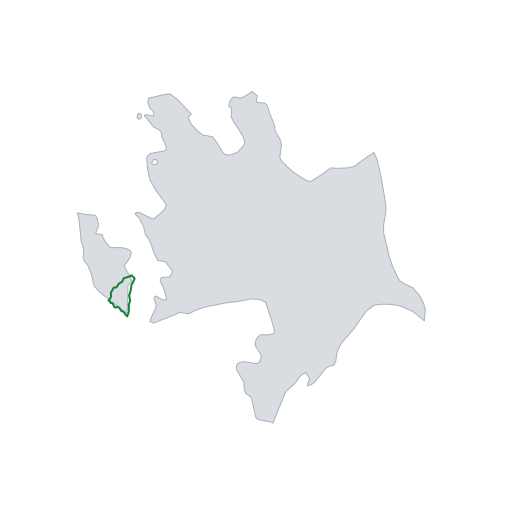 Ordubad District, Ordubad, Azerbaijan shown in context, rotated 25°
{"feature_id": "54616110B24607032839399", "entity_name": "Ordubad District", "entity_type": "district", "adm_level": 2, "iso_a3": "AZE", "parent_name": "Azerbaijan", "parent_adm1": "Ordubad", "projection": "equal_earth", "projection_center": [45.94, 39.075], "detail": "fine", "context": "in_parent", "style": "outline", "palette": "green", "viewbox_px": 512, "rotation_deg": 25, "n_neighbors": 0, "source": "geoboundaries", "source_scale": "gbopen_adm2", "svg_char_len": 4234}
<svg xmlns="http://www.w3.org/2000/svg" viewBox="0 0 512 512"><g transform="rotate(25 256 256)"><path d="M341.9,400.2L340.0,400.1L326.8,403.4L324.0,402.3L312.4,387.3L310.0,385.7L305.1,385.0L302.2,382.5L299.8,378.5L298.5,375.5L286.6,367.4L284.9,364.5L284.6,361.9L286.3,359.5L288.3,357.5L294.0,355.5L300.7,353.8L302.8,352.6L303.9,350.4L303.8,347.0L302.6,343.6L293.0,337.4L291.9,334.7L291.5,331.5L292.1,328.1L293.5,325.4L301.3,321.8L305.5,318.1L302.8,313.9L294.3,304.4L284.2,293.9L277.5,293.8L269.8,296.9L257.6,305.8L250.8,309.6L241.9,316.0L232.3,323.0L224.4,330.5L219.5,336.7L210.7,339.4L206.2,344.6L191.5,360.2L187.3,360.0L187.0,352.2L187.2,346.1L186.3,342.6L181.5,337.7L181.4,335.6L182.7,334.4L186.4,335.1L191.1,334.9L193.3,333.0L188.3,326.6L183.8,322.4L180.0,319.5L179.1,317.8L179.1,316.6L179.9,315.1L186.4,311.6L187.0,308.4L186.6,304.8L176.3,299.5L168.6,301.5L161.6,295.5L157.2,291.0L151.7,286.0L146.7,283.4L142.0,277.2L133.8,270.8L128.5,269.0L128.6,268.1L129.5,266.9L131.7,265.9L146.4,266.2L148.2,265.0L149.1,262.3L151.1,258.3L153.4,252.4L153.2,247.4L138.5,239.4L127.9,232.0L120.5,222.3L115.5,213.4L115.7,210.4L117.2,207.6L128.6,199.4L129.4,197.3L129.1,195.8L125.1,191.7L120.0,187.4L118.4,184.2L115.2,182.6L109.1,182.5L98.4,177.2L96.1,176.7L95.6,175.6L96.1,174.6L103.8,172.4L103.7,170.7L101.4,168.3L97.1,166.6L93.1,162.4L91.8,158.6L105.6,147.6L109.7,145.4L118.7,147.4L137.3,154.7L136.1,158.8L138.0,161.1L142.3,164.2L150.5,167.4L157.5,169.0L161.0,167.6L166.4,166.4L173.4,170.1L179.8,174.7L183.0,176.5L184.7,177.1L189.6,175.6L195.5,169.6L197.8,162.4L198.4,159.0L195.0,154.2L187.9,149.1L180.0,144.5L174.9,140.6L171.7,132.7L168.4,131.8L167.6,130.8L167.1,128.1L167.2,124.3L168.3,121.5L171.5,120.2L174.7,119.8L177.6,117.0L181.2,111.6L182.8,108.6L189.6,110.3L190.6,115.2L191.8,116.2L194.6,115.6L199.4,113.6L203.1,115.2L208.0,120.9L214.7,127.0L218.4,131.1L219.8,133.9L223.2,136.6L228.3,139.9L232.3,144.9L235.9,156.6L239.6,159.4L252.5,163.8L257.1,164.7L269.8,166.3L274.3,165.2L280.7,155.1L286.5,144.6L292.0,142.5L301.9,137.4L307.7,132.7L310.2,127.6L315.6,117.9L319.0,112.5L324.9,117.3L335.2,130.4L350.0,151.7L353.7,157.8L356.1,164.8L358.3,173.3L361.7,180.8L376.7,199.8L383.2,206.8L393.8,215.9L397.5,217.9L402.4,218.5L411.3,218.5L419.6,222.1L423.7,224.6L428.0,228.2L431.8,232.4L435.9,243.6L421.5,239.9L407.1,240.4L399.0,242.8L391.2,246.1L383.7,250.8L379.1,259.8L375.4,280.7L369.9,300.3L370.2,309.4L372.9,318.1L372.7,322.3L370.1,324.0L366.8,327.7L362.5,345.8L360.4,349.4L357.5,351.7L356.7,349.5L356.8,344.8L350.4,340.6L347.1,345.3L345.0,355.3L340.5,365.8L340.3,367.8L341.9,400.2ZM126.8,215.2L127.5,212.4L125.7,211.2L123.8,211.1L122.1,212.5L122.1,216.0L124.4,216.6L126.8,215.2ZM79.3,296.7L77.1,293.8L76.1,292.2L82.5,290.9L93.1,287.0L96.0,288.9L99.1,292.8L100.6,296.2L100.9,302.5L102.2,303.5L107.3,301.4L109.6,303.9L113.6,307.0L120.5,310.0L130.4,305.3L135.4,304.1L139.4,304.2L141.6,305.6L142.4,310.5L141.6,316.5L140.4,319.8L142.5,322.2L150.7,328.0L154.1,331.2L152.4,336.8L158.5,350.5L160.6,355.9L163.0,362.4L150.5,359.9L128.0,354.3L121.9,351.5L116.0,343.8L112.6,340.2L107.4,335.4L103.2,333.7L100.0,330.4L98.2,325.5L95.6,321.1L91.0,316.0L80.6,298.5L79.3,296.7ZM93.1,180.7L91.7,181.7L89.6,180.7L89.0,178.6L89.1,176.4L91.2,175.8L93.0,176.5L93.4,178.5L93.1,180.7Z" fill="#d9dde1" stroke="#a8b0b8" stroke-width="1"/><path d="M141.2,358.4L141.2,358.5L143.1,359.1L144.1,360.0L146.0,359.5L146.9,360.1L147.9,361.1L148.7,361.8L149.2,362.2L150.7,362.1L151.9,360.5L153.1,360.5L154.3,360.9L155.9,362.0L157.4,362.8L158.9,362.5L160.9,363.2L162.9,364.6L163.8,364.5L164.7,365.2L164.8,365.1L164.8,364.7L164.7,364.2L164.3,361.0L164.3,360.3L163.1,358.0L162.3,355.7L161.2,353.9L161.1,352.2L161.0,350.5L160.5,349.1L159.2,347.6L158.5,346.3L157.7,345.6L157.4,342.9L157.0,340.2L155.9,336.6L155.3,334.9L155.5,333.6L155.6,331.7L155.6,330.7L155.6,329.5L155.6,328.0L154.6,327.1L153.1,326.8L151.9,326.1L151.1,326.4L150.1,328.0L148.7,329.1L148.1,329.9L146.9,330.8L145.6,332.0L145.6,332.9L145.6,334.7L145.4,336.5L144.4,337.5L143.4,339.2L143.0,341.2L143.0,342.7L142.1,344.0L140.7,344.5L140.3,345.4L140.3,346.9L140.2,348.2L140.1,349.1L139.9,350.2L140.6,352.0L141.5,353.7L141.8,354.5L141.8,355.9L141.5,357.2L141.2,358.4Z" fill="none" stroke="#15803d" stroke-width="2"/></g></svg>